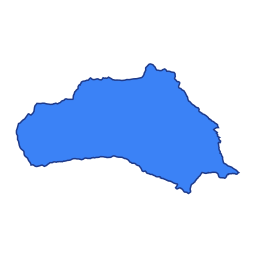 outline of Brusturoasa, Bacau, Romania, rotated 271°
{"feature_id": "2599482B60057151040295", "entity_name": "Brusturoasa", "entity_type": "district", "adm_level": 2, "iso_a3": "ROU", "parent_name": "Romania", "parent_adm1": "Bacau", "projection": "orthographic", "projection_center": [26.192, 46.569], "detail": "fine", "context": "isolated", "style": "filled", "palette": "blue", "viewbox_px": 256, "rotation_deg": 271, "n_neighbors": 0, "source": "geoboundaries", "source_scale": "gbopen_adm2", "svg_char_len": 5749}
<svg xmlns="http://www.w3.org/2000/svg" viewBox="0 0 256 256"><g transform="rotate(271 128 128)"><path d="M130.5,18.5L125.5,17.2L123.5,16.5L121.6,16.5L120.1,16.7L118.5,17.7L114.4,17.8L113.4,18.5L112.6,18.8L108.5,19.7L107.0,20.3L106.2,20.7L105.1,21.6L103.4,23.8L102.9,24.2L102.3,24.4L100.1,24.6L98.8,25.0L97.8,25.9L96.1,28.1L93.7,29.2L91.7,30.8L89.7,31.7L89.3,31.7L89.5,33.0L89.5,33.9L88.1,36.0L87.9,37.5L88.7,40.4L89.3,41.9L89.4,42.8L88.8,44.2L88.4,44.6L88.2,45.2L88.7,46.1L89.1,47.1L90.3,48.4L91.1,49.6L91.7,50.2L92.0,50.8L92.0,52.6L92.2,53.4L92.7,53.9L92.9,55.1L92.6,56.8L92.7,57.4L93.1,57.9L93.1,58.3L93.0,58.7L93.2,59.5L93.2,61.4L93.3,62.0L93.1,62.8L93.8,64.4L93.7,64.6L93.8,65.3L94.0,66.3L94.6,68.2L94.6,68.9L94.9,70.7L95.3,71.6L96.2,73.2L96.4,74.2L96.5,75.9L96.3,76.7L96.2,77.8L96.2,79.5L95.5,82.1L96.0,83.7L96.8,84.8L97.2,85.9L97.1,86.9L96.8,88.3L96.9,89.8L96.8,90.7L96.9,91.3L97.5,91.9L97.5,92.6L97.9,93.8L97.6,94.5L97.6,95.2L98.1,96.8L98.0,97.4L98.1,98.2L98.2,99.3L99.0,101.4L98.8,101.8L98.9,102.3L98.8,104.2L98.6,104.8L98.4,106.7L98.1,107.4L98.4,111.3L99.4,112.8L99.9,114.2L99.6,115.6L99.0,117.2L98.7,118.7L98.6,122.6L97.4,125.2L97.4,126.3L96.6,128.0L95.9,129.0L93.9,130.6L93.6,131.7L92.9,132.5L92.8,133.0L92.9,133.6L92.7,135.5L92.1,136.4L91.4,136.9L90.7,138.5L90.4,139.8L87.8,141.8L85.4,142.9L84.9,143.8L84.8,144.3L85.2,145.6L85.2,146.1L85.1,146.3L84.5,146.6L84.2,147.1L83.4,147.4L82.8,148.9L82.7,150.0L82.1,150.9L82.0,151.2L82.0,153.1L81.6,153.7L81.3,154.0L80.7,155.8L80.0,156.7L79.9,157.3L79.7,157.8L79.8,159.8L79.9,160.3L79.8,160.8L79.3,161.4L78.8,161.2L78.5,161.9L78.1,163.0L78.2,163.9L78.0,164.5L77.6,164.9L77.3,166.0L76.7,167.3L76.4,167.8L76.3,168.4L76.0,168.7L76.0,169.3L75.6,169.9L75.8,170.6L75.7,170.9L75.4,171.3L75.5,171.7L73.8,174.7L73.1,176.9L72.9,178.2L72.6,178.5L72.0,178.4L70.9,177.9L69.1,176.6L68.1,177.6L68.0,178.4L68.9,180.2L69.1,181.1L68.6,181.9L68.3,182.2L68.4,182.5L67.7,183.3L67.0,184.0L65.9,184.7L65.0,185.5L64.8,187.5L64.7,188.2L64.2,188.5L63.6,189.7L65.2,191.7L66.3,191.7L66.7,191.4L68.2,191.2L72.2,192.2L72.9,192.8L74.2,194.6L74.7,194.9L75.4,195.9L76.2,196.1L77.2,197.0L77.4,197.0L78.1,197.6L78.5,197.8L79.0,198.6L80.0,199.1L81.7,200.9L83.0,201.6L84.8,202.8L84.5,204.5L84.1,205.7L84.0,206.8L84.4,208.1L84.4,208.8L84.9,209.0L84.7,209.8L84.7,211.3L85.2,213.2L85.2,215.9L85.1,216.8L84.3,218.1L83.7,218.7L83.3,218.9L81.4,219.5L80.5,220.0L80.1,220.6L79.9,221.6L79.9,224.3L79.5,225.6L79.8,226.2L80.5,226.8L81.4,227.4L82.1,227.4L82.7,227.9L83.1,228.4L83.2,229.0L83.6,228.9L83.7,229.4L84.0,229.6L84.0,230.0L83.9,230.5L84.1,230.9L84.1,232.5L84.4,233.1L84.4,233.9L84.2,234.7L84.4,235.5L83.7,236.8L83.8,237.8L84.8,238.6L85.3,239.5L85.8,238.8L87.6,237.1L89.4,233.9L90.6,232.4L91.4,230.2L91.8,228.7L93.6,226.5L94.2,225.0L95.0,224.1L98.6,223.1L100.5,223.1L100.9,222.9L101.2,222.5L103.8,221.5L104.3,221.1L104.4,220.5L106.0,220.6L107.6,219.6L109.3,219.2L110.0,219.4L111.7,218.9L112.5,219.0L114.1,218.5L115.0,218.7L115.3,219.4L114.9,219.9L114.9,220.3L115.6,220.7L116.6,220.8L117.2,220.0L117.9,219.4L119.2,218.9L120.1,219.2L120.2,219.5L121.1,217.9L121.3,218.1L121.9,217.7L122.5,217.5L123.1,217.7L124.4,216.5L125.1,217.3L127.2,214.4L128.0,213.7L129.5,215.7L129.9,216.7L130.0,218.4L131.3,217.7L131.8,217.5L132.7,217.5L133.1,217.1L133.8,216.2L134.3,215.0L134.8,214.7L135.9,213.2L136.7,211.3L136.9,211.3L137.4,211.0L137.9,210.2L137.9,209.7L138.6,209.4L138.6,208.8L138.6,208.6L139.8,208.1L141.5,206.1L142.8,204.1L143.5,202.0L144.2,201.6L144.3,201.4L144.4,200.8L145.1,200.2L145.3,199.4L145.8,198.9L146.3,198.6L146.7,198.5L147.7,198.8L148.7,198.4L148.9,198.0L149.5,197.7L149.6,196.7L149.8,196.2L150.2,195.4L150.7,194.8L150.8,194.4L151.4,194.2L151.7,193.6L152.2,193.0L152.3,192.5L153.2,191.4L155.6,189.2L155.9,188.3L157.6,187.4L159.9,187.0L160.4,186.7L160.8,186.1L161.4,186.1L162.6,185.3L163.5,185.0L166.1,183.3L166.5,182.8L166.6,182.1L166.9,181.8L166.9,181.5L168.4,180.1L168.7,178.9L169.2,178.1L169.8,177.9L170.8,177.9L173.2,178.8L173.9,178.9L174.5,178.8L175.2,177.7L175.2,176.5L175.6,176.0L176.4,175.4L178.1,173.7L179.0,173.8L180.3,174.4L182.0,174.1L182.8,174.2L183.9,173.5L184.4,173.0L184.7,170.4L185.3,169.0L185.5,167.8L185.4,165.8L186.4,165.3L186.9,164.8L187.7,163.7L186.9,161.7L186.3,161.0L186.0,160.2L185.9,158.9L186.2,157.7L186.4,155.7L187.1,155.2L188.0,154.6L189.4,154.0L190.3,153.0L191.7,151.8L192.4,149.5L192.4,148.9L192.0,147.8L189.3,145.4L188.9,144.9L188.3,144.6L186.0,144.7L185.1,144.2L183.7,143.7L183.3,143.3L181.8,143.1L179.9,142.0L178.9,141.1L178.6,140.5L177.5,136.1L177.4,135.0L177.2,132.6L176.4,128.6L176.4,125.9L175.8,124.2L175.5,122.0L175.4,120.8L175.7,118.5L175.7,115.4L175.6,114.1L175.9,113.1L176.0,112.0L176.2,111.5L176.8,110.9L177.3,109.9L178.5,107.6L177.7,106.8L177.3,105.5L177.6,104.7L177.3,103.9L177.8,102.2L176.6,101.6L175.7,100.5L175.6,100.1L175.9,98.5L176.1,97.9L176.5,97.4L176.6,96.5L176.5,95.9L175.9,94.0L175.8,92.2L176.2,91.1L176.6,90.8L177.4,89.7L176.6,88.6L176.0,88.3L175.1,87.5L175.0,87.0L175.1,86.4L175.0,85.9L174.2,84.0L174.0,82.3L173.7,81.6L173.2,80.7L172.8,80.4L171.7,80.1L171.0,79.5L170.3,79.4L170.5,78.9L169.9,78.1L168.5,77.4L166.5,77.4L166.1,77.1L165.5,76.2L164.8,75.5L163.8,74.9L163.4,74.3L161.8,73.7L161.2,73.7L160.2,73.1L159.3,72.8L156.2,72.6L155.7,72.3L155.6,67.1L156.0,66.2L155.9,64.8L155.3,64.1L154.5,63.4L154.1,61.8L153.5,60.9L152.3,59.9L151.7,58.4L151.0,57.4L151.0,56.7L151.4,55.9L151.5,55.1L151.1,54.3L151.0,53.4L150.4,52.3L150.2,49.6L150.4,49.1L150.7,46.2L151.3,43.9L151.3,42.1L151.0,40.7L150.9,39.7L151.0,36.5L149.8,35.7L148.9,34.8L147.2,34.2L143.0,33.7L141.4,32.8L140.5,32.0L139.3,30.8L139.3,30.4L140.4,28.5L140.3,28.0L135.2,24.5L134.8,24.0L134.5,23.1L133.8,22.7L133.1,21.7L132.5,21.1L131.6,20.6L131.2,20.1L130.5,18.5Z" fill="#3b82f6" stroke="#1e3a8a" stroke-width="1.5"/></g></svg>